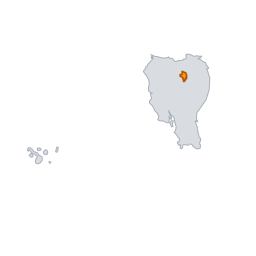 Loreto, Orellana, Ecuador shown in context, rotated 331°
{"feature_id": "8360857B25470470808554", "entity_name": "Loreto", "entity_type": "district", "adm_level": 2, "iso_a3": "ECU", "parent_name": "Ecuador", "parent_adm1": "Orellana", "projection": "equal_earth", "projection_center": [-77.401, -0.648], "detail": "fine", "context": "in_parent", "style": "filled", "palette": "amber", "viewbox_px": 256, "rotation_deg": 331, "n_neighbors": 0, "source": "geoboundaries", "source_scale": "gbopen_adm2", "svg_char_len": 5621}
<svg xmlns="http://www.w3.org/2000/svg" viewBox="0 0 256 256"><g transform="rotate(331 128 128)"><path d="M227.2,100.9L226.5,101.4L224.8,101.7L223.5,101.1L223.0,101.1L222.9,101.7L224.7,103.2L225.5,105.8L226.7,107.4L227.4,108.2L227.5,108.8L227.2,109.8L227.2,110.7L227.6,114.7L227.3,114.9L226.4,114.9L225.7,114.2L223.7,124.2L217.4,134.0L210.2,141.0L202.0,145.1L195.9,147.9L194.9,148.9L192.0,153.9L191.8,154.4L192.2,155.2L192.3,155.8L191.8,156.1L191.5,156.2L191.3,155.9L191.2,155.3L190.7,154.7L190.3,154.5L190.0,154.7L190.0,155.2L189.4,157.9L189.3,159.2L189.1,159.7L189.1,160.9L188.5,161.9L188.0,163.7L187.5,164.3L186.9,167.1L186.0,169.8L185.9,170.8L186.2,171.5L186.3,172.0L185.9,173.7L183.8,175.4L183.2,176.2L183.0,177.1L183.1,177.9L183.1,178.5L182.4,178.8L181.7,180.3L181.2,180.7L179.8,180.2L178.8,180.2L178.1,179.7L176.6,177.0L176.0,175.5L175.8,173.3L174.3,171.9L172.4,172.3L171.8,171.8L170.4,170.9L169.2,169.9L168.3,169.3L167.6,169.6L166.4,171.3L165.3,172.1L164.8,172.0L164.2,171.5L164.0,170.9L165.7,167.9L164.4,167.9L164.0,167.2L164.0,166.5L163.8,165.6L164.0,164.7L164.6,164.2L165.6,164.6L166.3,164.6L166.7,163.7L167.6,163.0L167.8,162.5L167.3,161.0L167.2,160.2L167.3,159.8L167.3,158.2L167.0,157.6L167.0,156.7L166.7,156.2L166.6,155.1L166.0,154.5L168.0,153.5L168.7,152.7L169.6,151.9L170.4,150.7L170.9,149.6L172.1,144.5L173.2,141.3L173.0,139.7L172.1,137.7L171.9,134.6L172.0,133.6L171.8,132.9L171.2,134.2L171.4,138.8L170.8,140.8L170.1,141.3L169.6,140.9L169.8,137.6L169.3,138.2L168.4,140.5L166.9,142.1L166.8,142.7L166.5,143.4L165.3,142.7L164.5,142.1L161.6,138.3L159.7,137.5L158.6,136.2L158.4,135.7L158.2,134.9L159.4,134.1L160.6,133.1L160.7,130.8L160.7,128.9L159.8,125.8L160.2,121.7L160.0,120.1L159.0,116.8L159.7,115.1L162.3,113.8L163.2,113.0L163.8,110.3L164.4,108.7L165.6,109.3L166.5,109.3L165.2,108.7L164.2,106.2L164.1,105.1L166.0,101.8L167.0,101.0L168.3,99.2L169.3,96.6L169.6,92.4L169.2,89.4L168.8,86.3L169.5,85.5L171.1,85.0L172.4,84.0L173.1,83.1L174.6,83.2L176.4,81.8L179.3,81.0L183.3,79.4L184.2,77.9L183.8,75.3L185.2,76.9L185.9,78.1L188.0,79.5L190.4,82.0L192.0,83.3L193.7,84.4L196.3,85.6L197.8,85.4L198.5,87.3L199.0,87.8L200.5,88.5L201.2,92.2L201.5,92.7L202.8,93.2L204.3,93.4L204.9,93.3L206.3,94.3L208.4,95.1L209.2,95.2L209.5,95.0L209.6,94.7L210.2,94.7L211.2,95.2L212.5,95.3L213.3,94.8L213.5,92.9L213.8,92.5L214.7,91.8L215.2,91.9L217.6,93.5L218.2,94.0L218.8,95.1L219.9,96.6L221.2,97.7L223.1,98.1L225.0,99.7L227.2,100.9ZM33.1,98.7L33.8,99.8L34.2,102.8L36.7,105.9L37.0,107.7L36.7,108.5L36.9,108.9L38.0,110.1L38.8,111.4L37.5,114.5L34.8,115.8L31.9,115.7L31.3,115.4L30.5,114.2L30.4,113.2L30.8,112.2L32.3,110.7L34.6,109.3L34.9,108.3L34.0,107.2L33.3,105.2L31.9,103.8L31.2,99.5L30.7,99.3L29.7,99.9L29.2,99.4L29.1,99.1L30.2,98.1L30.4,97.4L32.0,97.1L32.6,97.6L33.1,98.7ZM44.4,111.7L43.8,111.8L41.9,110.2L42.0,108.6L42.8,107.6L45.2,107.0L46.3,108.0L46.2,109.9L45.3,111.3L44.7,111.5L44.4,111.7ZM168.3,147.7L168.1,148.4L166.9,148.3L166.6,148.1L166.9,145.1L167.2,144.1L168.2,143.2L168.9,142.8L170.0,142.8L171.0,143.7L169.8,145.2L168.8,145.7L168.3,147.7ZM31.2,106.7L30.0,106.9L28.9,106.4L28.5,105.5L28.4,104.2L28.5,103.8L30.8,103.3L31.5,104.4L31.5,106.0L31.2,106.7ZM55.6,114.0L54.1,114.7L53.3,114.1L53.3,113.6L54.1,112.6L54.8,112.1L55.5,110.9L56.8,110.2L57.2,110.4L57.4,110.6L57.5,111.0L57.1,112.0L56.3,112.6L55.6,114.0ZM41.5,104.6L41.0,105.1L38.7,104.5L38.0,103.6L38.5,102.3L39.0,101.7L40.4,102.2L41.8,103.7L41.5,104.6ZM43.4,121.0L42.9,121.1L42.2,120.4L42.7,119.1L43.7,119.8L43.9,120.3L43.4,121.0ZM183.2,78.6L182.5,78.7L182.2,78.0L183.0,77.1L183.3,76.9L183.2,78.6Z" fill="#d9dde1" stroke="#a8b0b8" stroke-width="1"/><path d="M199.9,112.2L199.9,112.4L199.9,112.5L200.0,112.5L199.9,112.6L199.9,112.8L199.8,113.0L199.8,113.3L199.7,113.5L199.6,113.8L199.3,114.0L199.2,114.0L199.2,114.3L199.3,114.4L199.5,114.5L199.8,114.5L200.0,114.6L200.3,114.5L200.4,114.4L200.5,114.3L200.6,114.2L200.8,114.1L200.8,113.9L201.0,113.8L201.2,113.7L201.3,113.7L201.4,113.8L201.5,113.8L201.6,113.7L201.8,113.6L201.8,113.4L202.0,113.4L202.1,113.2L202.3,113.2L202.5,113.0L202.5,112.9L202.7,113.0L202.7,112.9L202.8,112.9L202.7,112.9L202.8,112.8L203.0,112.8L203.0,112.7L203.2,112.4L203.2,112.2L203.3,112.2L203.2,112.2L203.3,112.1L203.5,112.0L203.5,111.9L203.6,111.7L203.7,111.8L203.7,111.7L203.7,111.8L203.8,111.8L203.8,111.7L204.0,111.5L204.0,111.4L204.1,111.2L204.3,110.7L204.6,110.5L204.8,110.5L204.7,110.3L204.8,110.1L204.8,109.8L204.9,109.7L205.0,109.1L205.1,108.9L205.1,108.7L205.3,108.4L205.4,108.2L205.2,107.9L204.9,107.5L204.6,107.2L204.7,106.9L204.7,106.7L204.6,106.4L204.6,106.6L204.4,106.6L204.2,106.5L204.2,106.3L204.1,106.5L204.1,106.3L203.9,106.2L203.7,106.1L203.5,105.9L203.4,105.8L203.4,105.7L203.5,105.5L203.5,105.4L203.4,105.4L203.3,105.2L203.2,105.2L203.1,105.3L203.0,105.2L202.9,105.2L202.7,105.0L202.8,104.9L202.7,104.8L202.5,105.0L202.4,105.2L202.4,105.3L202.4,105.5L202.4,105.8L202.3,106.0L202.1,106.0L201.9,106.1L201.9,106.3L201.8,106.5L201.7,106.7L201.7,106.8L201.6,107.0L201.4,107.3L201.2,107.5L200.9,107.5L200.7,107.4L200.5,107.2L200.4,107.2L200.2,107.1L200.0,106.9L199.9,106.9L199.8,106.7L199.7,106.6L199.4,106.6L199.4,106.8L199.5,106.9L199.4,107.1L199.5,107.1L199.5,107.3L199.5,107.2L199.4,107.3L199.2,107.4L199.1,107.5L198.9,107.6L198.8,107.8L198.7,107.9L198.7,108.0L198.8,108.2L198.8,108.3L199.0,108.3L199.1,108.5L199.2,108.8L199.3,109.0L199.5,109.1L199.8,109.3L199.8,109.5L200.0,109.7L199.9,109.8L200.0,110.1L200.0,110.3L200.2,110.5L200.3,110.6L200.2,110.8L200.1,111.0L199.9,111.2L199.9,111.3L200.0,111.3L199.9,111.5L199.8,111.8L199.7,112.1L199.8,112.1L199.9,112.2Z" fill="#f59e0b" stroke="#b45309" stroke-width="1.5"/></g></svg>